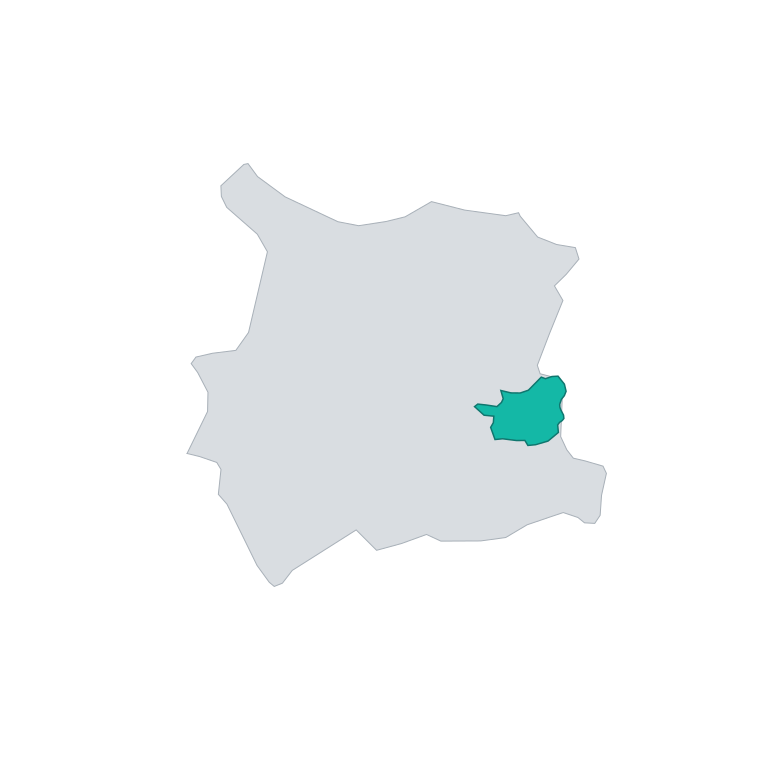 Kosovo, with Zubin Potok highlighted, rotated 129°
{"feature_id": "KOS-5897", "entity_name": "Zubin Potok", "entity_type": "District", "adm_level": 1, "iso_a3": "XKX", "parent_name": "Kosovo", "parent_adm1": "", "projection": "albers", "projection_center": [20.618, 42.908], "detail": "fine", "context": "in_parent", "style": "filled", "palette": "teal", "viewbox_px": 768, "rotation_deg": 129, "n_neighbors": 0, "source": "natural_earth", "source_scale": "10m", "svg_char_len": 1577}
<svg xmlns="http://www.w3.org/2000/svg" viewBox="0 0 768 768"><g transform="rotate(129 384 384)"><path d="M240.4,287.2L273.0,276.6L277.8,269.1L270.4,252.8L274.7,242.6L313.7,213.6L320.1,200.5L322.5,190.2L317.2,179.3L310.0,162.1L313.5,154.9L333.6,144.9L350.0,133.4L359.7,132.5L365.7,140.8L365.7,149.3L371.1,163.8L383.2,171.5L403.4,184.2L426.7,192.8L445.1,210.1L470.3,240.9L474.2,256.3L496.8,269.9L517.9,285.1L514.9,313.8L586.6,338.0L602.7,337.6L610.4,341.9L610.3,348.4L604.9,368.5L576.2,430.4L574.0,443.3L553.0,456.9L550.2,464.6L556.4,481.6L562.0,493.4L561.6,493.4L516.4,503.8L501.2,515.6L492.3,536.1L489.5,546.7L481.4,547.1L468.0,536.6L451.1,520.3L429.2,521.7L354.6,557.8L347.3,576.7L345.7,617.4L340.6,628.4L332.6,635.5L301.6,631.1L298.3,628.4L302.4,612.8L300.8,578.6L286.9,522.0L277.0,503.4L256.7,484.9L240.8,472.8L212.4,461.9L198.1,430.8L176.6,395.3L166.2,387.2L167.9,383.7L173.1,357.1L167.0,337.7L157.6,321.1L164.2,311.1L184.1,311.4L200.5,313.3L206.5,297.5L240.4,287.2Z" fill="#d9dde1" stroke="#a8b0b8" stroke-width="1"/><path d="M303.3,223.4L306.5,223.3L311.9,218.0L325.1,220.6L335.8,228.0L341.2,233.5L339.2,239.0L344.5,245.4L351.9,257.3L357.3,262.8L350.6,273.8L345.2,274.7L339.9,278.4L345.3,286.6L344.6,299.4L340.6,298.5L335.9,291.2L330.5,282.0L324.4,281.1L320.4,282.1L315.5,289.1L311.0,279.7L305.3,272.5L298.0,267.9L282.8,266.4L279.7,266.1L278.3,261.9L272.5,258.2L268.4,253.7L270.6,243.7L275.1,237.9L279.6,236.5L284.2,236.5L289.2,234.7L291.3,232.8L292.8,230.4L295.2,224.9L297.6,222.5L300.3,222.5L303.3,223.4Z" fill="#14b8a6" stroke="#0f766e" stroke-width="1.5"/></g></svg>